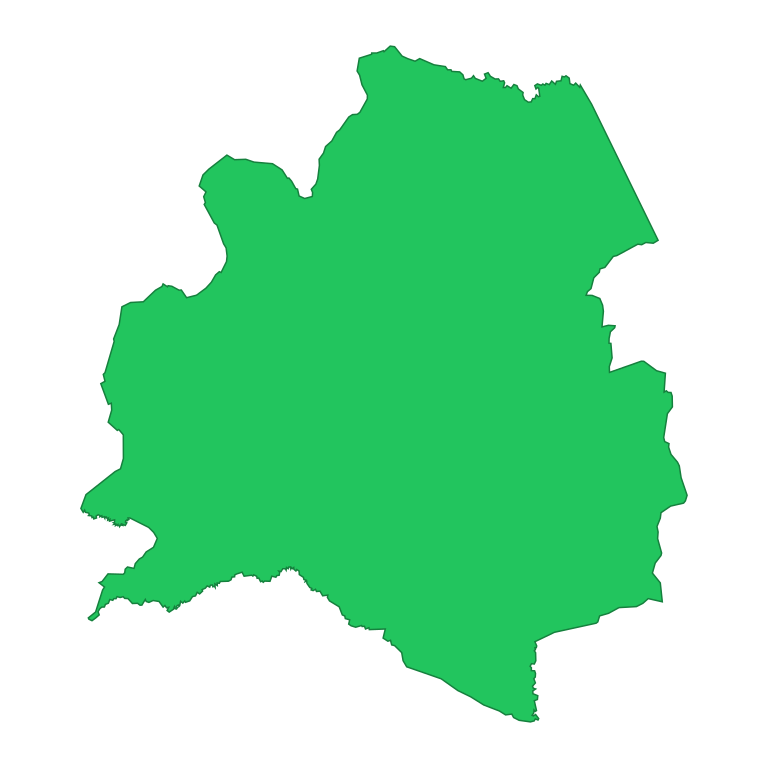 outline of Lat Yao, Nakhon Sawan, Thailand
{"feature_id": "78962969B94323331085906", "entity_name": "Lat Yao", "entity_type": "district", "adm_level": 2, "iso_a3": "THA", "parent_name": "Thailand", "parent_adm1": "Nakhon Sawan", "projection": "natural_earth1", "projection_center": [99.741, 15.772], "detail": "fine", "context": "isolated", "style": "filled", "palette": "green", "viewbox_px": 768, "rotation_deg": 0, "n_neighbors": 0, "source": "geoboundaries", "source_scale": "gbopen_adm2", "svg_char_len": 6029}
<svg xmlns="http://www.w3.org/2000/svg" viewBox="0 0 768 768"><path d="M433.9,64.8L419.7,58.6L415.1,61.2L407.8,58.7L402.1,56.1L394.6,46.7L390.2,46.1L384.0,51.7L383.4,50.7L376.8,53.0L371.7,53.0L371.6,54.3L359.3,58.2L357.1,71.0L359.6,75.2L362.0,84.8L367.4,95.1L367.3,99.0L359.9,112.3L357.3,114.3L352.5,114.6L348.8,117.0L339.7,129.9L336.6,132.3L331.8,141.0L325.6,146.5L323.5,153.1L319.1,159.2L319.4,165.5L317.7,178.9L315.9,184.1L311.3,189.3L312.6,192.5L312.3,196.5L304.7,198.5L299.1,196.0L297.5,189.1L295.7,188.6L291.6,181.2L288.9,178.0L287.4,178.3L282.1,169.9L272.5,163.7L254.0,162.1L245.8,159.3L234.6,159.7L226.9,155.1L208.9,169.1L203.0,174.9L199.2,186.0L206.0,191.9L203.7,196.7L205.4,202.6L204.2,204.4L214.3,223.0L217.0,225.1L223.6,243.8L226.1,247.9L227.1,256.1L226.5,261.6L221.1,272.5L219.3,271.7L215.6,274.9L211.4,282.2L205.9,288.2L196.5,295.2L186.6,297.7L181.3,290.0L179.1,290.2L171.9,286.3L168.1,285.7L167.5,286.8L163.1,283.9L162.0,286.5L155.5,290.2L143.3,301.8L130.6,302.5L121.9,306.8L119.2,324.5L113.6,339.0L114.2,341.3L105.0,372.7L103.3,374.4L105.0,381.3L100.8,383.6L108.4,404.3L111.3,403.2L111.7,410.1L108.2,422.2L117.3,430.4L118.8,429.5L123.3,434.8L123.4,458.5L120.5,468.8L115.2,471.5L86.0,494.6L80.9,508.5L83.2,512.3L84.6,510.1L85.4,512.3L88.7,513.0L89.3,514.4L88.5,515.5L91.7,515.9L92.0,517.6L93.5,517.2L93.8,518.9L96.5,518.0L96.1,516.1L98.2,514.7L100.0,515.7L99.8,516.7L101.8,515.7L102.0,517.3L104.0,516.8L104.8,518.3L105.0,516.9L106.3,517.7L106.1,516.4L107.4,518.7L108.3,518.1L107.8,520.2L110.0,519.3L109.6,521.1L114.6,519.8L114.5,522.6L113.6,522.8L115.0,523.7L114.2,524.3L115.8,524.1L115.5,525.6L117.9,524.4L117.8,525.6L119.4,525.4L119.6,526.5L120.7,525.0L122.3,525.3L120.8,523.6L125.3,525.4L126.8,522.8L125.4,522.2L125.8,520.7L127.3,520.6L127.0,519.0L127.7,520.1L128.9,519.5L128.2,517.9L130.0,518.0L148.7,527.4L153.7,532.4L157.3,538.4L153.5,547.3L146.2,551.9L142.6,557.1L139.3,559.0L135.3,563.6L134.0,568.4L127.5,567.0L125.2,569.2L124.7,572.8L123.3,574.3L108.0,573.9L102.1,581.5L99.0,582.7L104.5,587.0L102.6,590.0L95.6,612.0L88.3,617.9L88.9,619.2L92.0,620.7L95.8,617.9L99.2,614.9L98.1,611.7L99.8,608.7L101.8,607.1L104.4,607.0L105.4,604.4L108.4,603.2L109.8,599.5L112.8,600.3L113.8,598.6L116.0,598.7L117.1,596.6L120.1,597.5L123.2,596.7L124.7,598.4L128.0,598.6L132.4,603.5L137.6,603.3L140.0,605.2L141.9,605.1L145.3,599.4L146.2,601.5L148.9,602.4L153.1,600.5L159.1,601.5L163.1,607.1L164.9,605.5L166.5,607.8L168.7,607.3L167.1,610.5L169.2,612.1L173.4,609.3L174.4,606.7L175.1,608.8L176.5,609.0L177.4,607.6L176.2,606.8L177.4,605.4L178.5,605.0L178.9,606.5L179.7,605.7L180.6,601.3L182.8,603.1L184.7,601.0L185.5,602.3L189.7,600.9L192.5,596.6L195.5,595.9L197.2,592.3L199.6,593.9L202.6,591.1L202.1,589.6L205.3,588.2L207.2,585.9L209.7,587.1L210.4,585.2L212.3,585.0L212.9,586.8L214.3,586.1L215.1,587.3L214.9,583.9L217.3,585.5L217.2,583.0L219.3,583.3L220.3,581.5L228.5,581.2L231.0,579.8L231.9,577.1L234.6,576.8L234.7,575.0L236.5,574.0L242.1,572.2L244.1,576.2L251.7,575.2L252.9,576.1L253.7,574.8L256.7,576.3L257.1,578.3L258.8,578.1L260.6,581.7L262.2,581.0L263.2,582.3L264.6,581.1L270.0,581.3L271.8,576.2L275.9,577.2L276.8,575.6L279.2,575.2L279.7,572.5L278.8,571.1L281.0,571.6L282.8,568.7L285.4,568.8L286.1,570.1L286.5,567.5L288.2,568.7L288.8,567.0L290.3,566.9L290.8,569.0L291.4,567.6L292.4,568.7L293.7,567.6L293.9,569.3L295.9,571.0L296.8,569.5L299.1,571.1L299.3,574.6L303.4,577.3L303.9,579.5L305.8,580.0L305.2,581.6L306.6,580.9L307.0,583.5L309.8,587.5L311.8,588.4L311.1,589.9L313.1,590.6L315.5,589.3L316.5,591.5L320.0,591.2L322.7,595.8L327.8,595.1L327.4,597.4L329.5,600.9L339.2,606.8L342.3,614.9L344.8,616.0L345.3,618.6L349.7,619.8L348.7,624.1L351.1,625.8L355.7,627.2L361.6,625.5L362.1,626.5L364.5,626.3L365.5,629.0L368.9,627.7L369.3,629.6L385.3,629.0L383.1,638.1L387.9,641.2L390.5,640.3L391.7,644.9L394.6,645.6L401.7,652.6L403.1,660.7L406.7,666.8L441.2,678.8L457.9,690.6L470.7,696.8L483.8,705.0L499.4,711.0L505.6,714.9L511.8,714.1L513.6,717.5L519.1,720.3L530.4,721.9L534.2,720.9L535.3,718.9L538.0,720.0L538.7,718.6L535.6,714.5L533.4,715.9L532.1,715.3L533.7,713.1L534.0,710.0L535.2,711.4L536.5,710.6L534.3,700.7L537.4,699.5L537.8,695.7L532.9,693.7L532.8,690.9L535.6,689.0L533.3,688.2L532.5,686.2L535.4,682.9L533.8,678.7L535.3,677.0L535.5,673.4L534.6,670.8L531.3,670.6L531.4,667.7L530.1,666.3L531.5,663.7L534.3,664.0L535.8,660.8L535.6,652.7L534.3,650.8L535.4,649.6L535.0,647.7L536.3,647.7L536.7,645.9L534.9,641.7L554.4,632.3L596.1,623.2L597.8,621.9L599.6,615.9L608.6,613.3L619.0,607.6L636.4,606.6L642.9,603.3L648.2,598.6L662.3,601.8L660.3,582.9L652.4,573.1L655.2,563.1L661.0,555.5L661.6,553.0L657.6,538.6L658.1,532.0L657.0,526.5L660.3,518.2L661.0,512.7L670.6,506.1L683.6,503.1L685.4,500.9L687.1,495.3L681.1,477.7L679.3,465.9L677.5,462.2L671.0,454.4L668.6,447.1L669.0,443.6L664.7,441.6L663.7,437.5L667.4,413.7L672.4,406.9L672.2,396.1L671.0,392.5L668.1,392.4L666.3,390.8L664.1,392.1L665.4,373.2L656.5,370.7L643.8,361.3L641.3,361.2L609.5,372.4L609.3,366.6L612.1,357.9L610.9,343.4L609.0,343.2L609.1,338.5L610.4,331.8L614.7,327.7L615.1,325.8L608.4,325.3L602.0,326.9L603.4,311.3L602.6,305.2L599.8,298.5L592.1,295.4L586.1,295.3L587.4,291.7L591.0,288.6L593.8,277.8L599.3,272.3L599.9,268.9L604.9,267.4L613.3,256.4L616.8,255.6L637.8,244.2L641.7,244.7L645.8,242.5L653.3,243.2L658.1,240.3L591.6,104.2L580.3,85.0L579.7,87.3L575.7,83.1L573.6,85.2L569.9,83.6L569.2,78.1L566.0,75.8L564.4,76.9L562.1,76.3L561.0,80.8L556.5,81.3L555.4,84.3L551.7,81.0L549.3,84.6L546.1,83.4L544.9,85.2L542.8,84.0L541.3,85.3L537.4,83.9L534.8,85.6L536.0,89.0L537.6,87.6L538.7,88.2L539.8,96.3L538.4,96.7L536.3,94.8L534.9,98.7L532.7,98.6L531.2,101.9L528.3,102.2L524.5,99.6L522.7,95.0L523.1,92.5L518.3,88.9L517.0,85.7L513.9,84.5L511.1,88.2L507.0,85.7L505.5,87.5L503.3,87.5L504.6,82.8L503.7,80.8L500.2,81.3L498.5,78.9L495.1,79.0L490.4,76.3L488.1,72.7L484.5,74.1L486.1,78.3L482.3,81.2L475.3,78.4L473.5,75.7L471.5,78.2L465.7,79.7L464.1,78.9L462.9,74.8L459.7,71.9L451.7,71.4L451.0,69.8L447.6,69.8L445.4,66.6L433.9,64.8Z" fill="#22c55e" stroke="#15803d" stroke-width="1.5"/></svg>